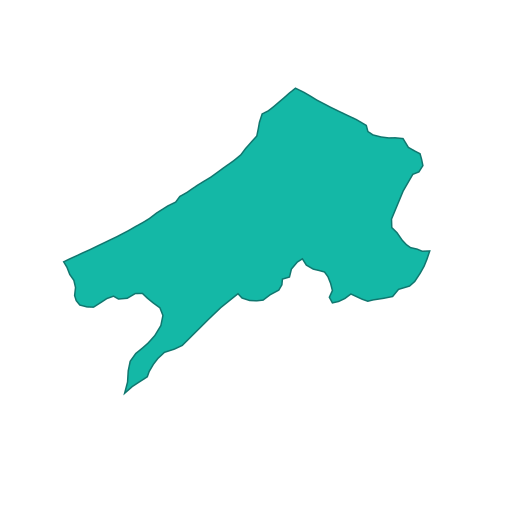 Barra Velha, Santa Catarina, Brazil (Robinson projection), rotated 227°
{"feature_id": "56859067B48185053064222", "entity_name": "Barra Velha", "entity_type": "district", "adm_level": 2, "iso_a3": "BRA", "parent_name": "Brazil", "parent_adm1": "Santa Catarina", "projection": "robinson", "projection_center": [-48.728, -26.649], "detail": "fine", "context": "isolated", "style": "filled", "palette": "teal", "viewbox_px": 512, "rotation_deg": 227, "n_neighbors": 0, "source": "geoboundaries", "source_scale": "gbopen_adm2", "svg_char_len": 1922}
<svg xmlns="http://www.w3.org/2000/svg" viewBox="0 0 512 512"><g transform="rotate(227 256 256)"><path d="M245.2,66.3L244.9,76.5L243.8,83.0L241.8,94.1L244.4,99.1L246.8,107.2L248.0,114.4L248.0,123.3L243.5,133.0L240.9,141.1L242.1,177.8L242.3,195.2L240.7,217.1L234.8,217.1L227.8,221.0L222.8,225.9L218.9,231.1L218.0,240.0L215.5,249.4L217.3,255.3L221.1,259.6L217.8,266.1L222.3,273.0L223.4,282.1L222.3,288.0L215.0,286.6L207.4,288.9L202.3,292.3L197.6,295.2L191.8,294.5L185.1,291.9L178.6,288.3L175.8,281.5L169.6,279.9L166.4,285.4L164.3,292.0L163.5,299.5L152.1,304.1L146.7,306.9L143.9,311.9L138.2,320.2L133.2,328.3L134.4,337.5L129.3,347.8L129.1,354.7L131.4,364.2L133.9,372.0L137.1,378.9L141.2,386.5L146.1,380.8L151.2,378.5L156.8,374.7L161.8,373.7L168.0,373.7L176.9,375.0L184.2,374.7L190.6,380.3L203.2,408.0L208.8,426.4L206.4,432.5L208.3,439.7L213.9,443.1L218.9,445.7L224.2,443.8L231.5,441.5L241.6,443.6L247.5,438.4L251.8,433.6L257.8,428.6L264.8,424.1L270.7,422.7L276.3,425.7L287.4,422.4L296.1,418.9L306.5,414.8L314.1,411.9L328.6,406.8L334.5,405.2L342.9,402.7L351.8,399.3L352.4,391.6L352.6,383.9L352.9,377.4L353.2,370.5L353.8,363.9L355.7,357.4L351.5,349.8L347.6,344.6L343.2,338.4L342.6,331.1L341.7,321.7L340.3,313.9L340.9,304.6L342.6,292.3L343.6,283.7L344.5,276.6L346.2,268.7L347.6,261.8L348.7,254.9L349.5,249.1L351.5,240.9L350.2,234.0L352.7,225.9L355.2,212.9L356.1,203.6L357.7,195.8L359.7,188.0L361.6,179.7L363.3,173.6L365.0,167.4L366.9,161.4L369.0,154.6L371.4,147.0L373.9,138.8L376.5,131.3L378.7,124.4L381.0,117.6L382.9,111.4L376.5,110.0L369.5,107.2L362.4,106.2L356.0,102.5L350.8,96.4L346.0,94.1L340.3,93.7L334.0,97.7L329.4,102.3L327.7,111.4L326.6,117.9L323.8,124.4L318.3,126.1L312.9,133.0L310.9,142.1L306.1,147.4L299.3,147.8L291.9,148.8L283.6,150.4L276.0,147.4L270.0,139.0L266.8,127.7L265.9,117.6L266.1,110.4L266.7,101.6L264.8,92.2L259.2,84.3L251.4,76.1L245.2,66.3Z" fill="#14b8a6" stroke="#0f766e" stroke-width="1.5"/></g></svg>